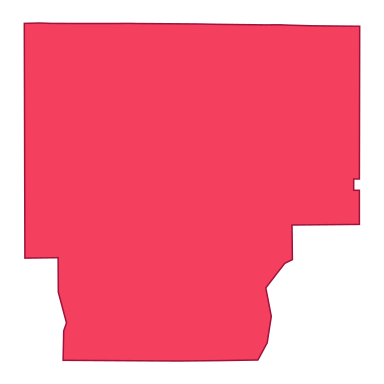 Claiborne, Louisiana, United States of America (Robinson projection)
{"feature_id": "52423323B9246238437830", "entity_name": "Claiborne", "entity_type": "district", "adm_level": 2, "iso_a3": "USA", "parent_name": "United States of America", "parent_adm1": "Louisiana", "projection": "robinson", "projection_center": [-92.955, 32.801], "detail": "fine", "context": "isolated", "style": "filled", "palette": "rose", "viewbox_px": 384, "rotation_deg": 0, "n_neighbors": 0, "source": "geoboundaries", "source_scale": "gbopen_adm2", "svg_char_len": 616}
<svg xmlns="http://www.w3.org/2000/svg" viewBox="0 0 384 384"><path d="M187.4,23.9L133.9,23.5L132.3,23.4L126.9,23.4L114.1,23.5L113.8,23.5L101.9,23.5L79.3,23.5L51.2,23.4L39.3,23.0L24.3,23.4L24.9,258.1L58.1,257.7L58.3,292.1L66.5,322.9L63.7,330.9L63.1,360.3L178.2,361.0L220.1,360.6L257.9,360.0L267.2,342.8L271.3,316.4L265.8,287.9L276.7,273.7L284.8,263.3L292.4,259.6L292.0,225.0L359.4,224.4L359.4,190.3L353.7,190.3L353.7,179.0L359.4,179.0L359.7,26.2L354.2,26.2L312.8,25.8L290.5,25.2L281.8,24.9L281.7,24.8L275.2,24.8L266.5,24.9L214.9,24.3L198.9,24.0L187.4,23.9Z" fill="#f43f5e" stroke="#9f1239" stroke-width="1.5"/></svg>